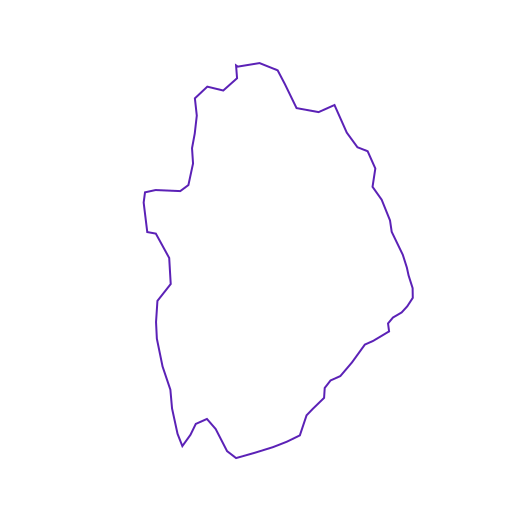 the district of Ydre, Östergötland, Sweden, rotated 246°
{"feature_id": "70781695B77319052576645", "entity_name": "Ydre", "entity_type": "district", "adm_level": 2, "iso_a3": "SWE", "parent_name": "Sweden", "parent_adm1": "Östergötland", "projection": "robinson", "projection_center": [15.27, 57.891], "detail": "fine", "context": "isolated", "style": "outline", "palette": "violet", "viewbox_px": 512, "rotation_deg": 246, "n_neighbors": 0, "source": "geoboundaries", "source_scale": "gbopen_adm2", "svg_char_len": 1032}
<svg xmlns="http://www.w3.org/2000/svg" viewBox="0 0 512 512"><g transform="rotate(246 256 256)"><path d="M438.2,315.3L426.1,311.0L420.5,293.4L430.5,280.4L424.9,264.3L408.3,259.0L392.7,249.8L380.5,241.4L366.1,236.1L348.3,223.1L346.1,213.2L357.1,191.1L359.3,180.5L350.5,175.1L322.1,166.4L317.2,173.6L289.5,175.9L265.1,166.7L255.1,147.7L236.3,137.8L220.8,131.8L193.1,125.7L168.7,123.4L150.9,117.3L125.5,112.0L112.3,111.4L119.3,123.4L127.1,132.7L127.1,144.9L114.3,148.8L89.5,150.2L79.5,155.6L76.7,175.1L74.5,193.6L74.2,199.5L73.8,208.7L74.3,223.1L89.9,237.4L93.3,245.8L98.7,260.5L107.5,265.1L112.0,273.5L112.0,284.2L119.7,300.3L130.8,319.4L130.8,328.5L133.0,346.9L140.7,349.2L144.1,356.1L144.6,360.8L145.2,366.1L148.5,373.7L154.0,382.2L162.9,386.0L176.3,387.5L184.0,389.1L197.4,390.6L222.9,389.8L234.0,392.9L256.3,393.7L271.8,390.6L287.4,400.6L306.3,400.6L314.1,392.9L331.8,389.1L362.0,389.1L362.0,371.7L374.6,353.2L401.3,352.3L416.8,351.3L430.8,337.7L436.4,316.4L438.2,315.3Z" fill="none" stroke="#5b21b6" stroke-width="2"/></g></svg>